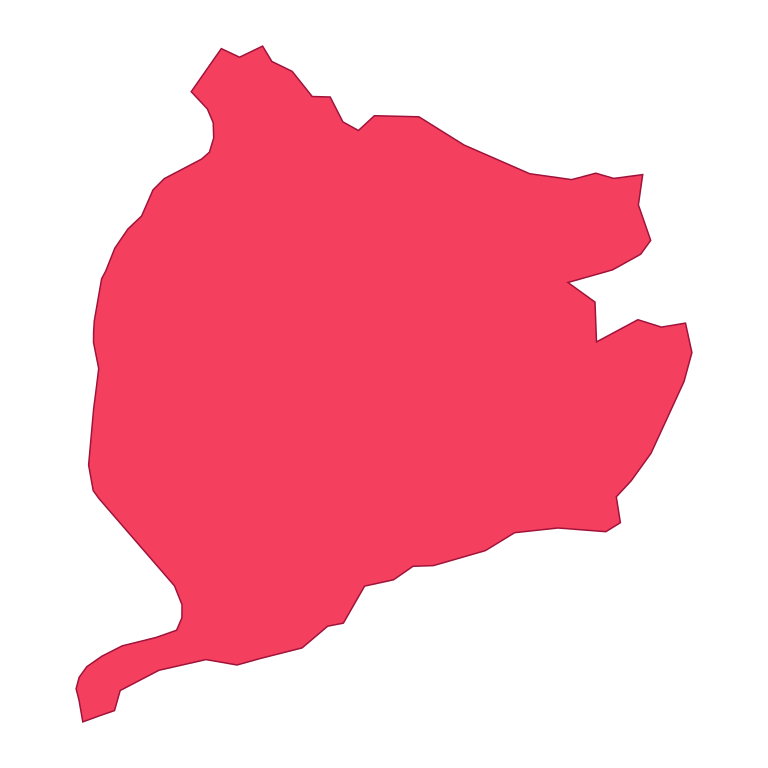 outline of Sherabad, Surkhandarya, Uzbekistan
{"feature_id": "79887680B39986035389422", "entity_name": "Sherabad", "entity_type": "district", "adm_level": 2, "iso_a3": "UZB", "parent_name": "Uzbekistan", "parent_adm1": "Surkhandarya", "projection": "robinson", "projection_center": [66.82, 37.686], "detail": "fine", "context": "isolated", "style": "filled", "palette": "rose", "viewbox_px": 768, "rotation_deg": 0, "n_neighbors": 0, "source": "geoboundaries", "source_scale": "gbopen_adm2", "svg_char_len": 1153}
<svg xmlns="http://www.w3.org/2000/svg" viewBox="0 0 768 768"><path d="M191.2,91.7L207.4,109.0L213.2,122.7L213.7,138.0L209.4,152.2L201.7,159.0L164.3,178.6L153.0,189.9L141.6,216.0L127.9,229.0L114.8,248.2L105.8,270.9L101.6,278.8L94.3,320.8L93.6,332.2L93.5,342.4L98.7,368.5L96.2,389.0L93.7,408.3L88.6,465.0L93.2,490.6L99.0,498.6L174.5,585.9L182.0,604.7L181.9,617.8L176.6,630.2L155.9,637.5L122.3,645.8L102.2,656.0L86.8,666.7L79.1,677.4L76.1,688.8L79.0,700.1L82.8,721.9L100.0,715.6L114.5,710.6L120.2,690.5L158.9,670.3L205.9,659.6L237.0,665.0L259.9,658.6L302.1,647.9L327.7,626.2L343.4,623.1L364.6,586.1L393.5,579.8L413.0,566.3L433.4,565.6L485.4,550.6L514.6,532.7L557.9,528.0L605.8,531.7L620.4,522.7L616.3,496.8L631.1,480.9L651.0,453.3L667.5,417.5L684.0,381.6L691.9,352.6L685.5,323.1L661.3,327.1L637.9,319.7L596.5,341.9L595.0,302.1L567.9,282.5L612.7,269.8L640.7,254.2L650.7,240.4L638.4,204.9L642.7,174.6L613.7,178.4L595.8,173.2L571.6,179.6L529.6,173.7L464.0,145.0L418.9,116.8L374.4,115.7L358.4,130.5L342.9,121.9L330.2,97.0L312.2,96.5L292.2,71.4L271.9,61.5L262.6,46.1L239.5,57.2L221.3,48.6L191.2,91.7Z" fill="#f43f5e" stroke="#9f1239" stroke-width="1.5"/></svg>